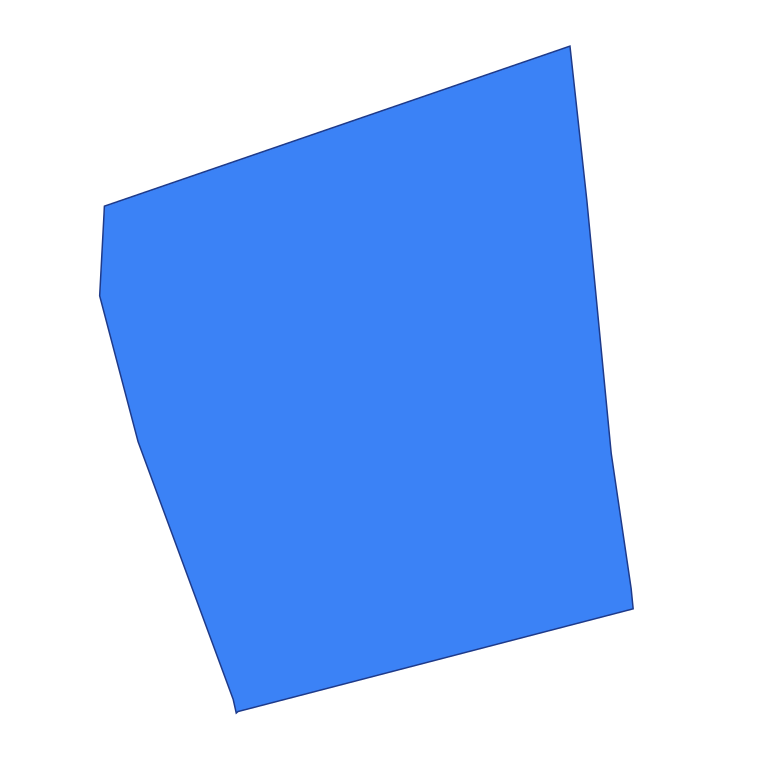 outline of 34, Ad Dawhah, Qatar, rotated 257°
{"feature_id": "91078587B88603978758954", "entity_name": "34", "entity_type": "district", "adm_level": 2, "iso_a3": "QAT", "parent_name": "Qatar", "parent_adm1": "Ad Dawhah", "projection": "robinson", "projection_center": [51.479, 25.313], "detail": "fine", "context": "isolated", "style": "filled", "palette": "blue", "viewbox_px": 768, "rotation_deg": 257, "n_neighbors": 0, "source": "geoboundaries", "source_scale": "gbopen_adm2", "svg_char_len": 337}
<svg xmlns="http://www.w3.org/2000/svg" viewBox="0 0 768 768"><g transform="rotate(257 384 384)"><path d="M108.9,576.2L129.2,578.8L265.4,589.8L516.9,622.9L671.4,641.2L620.2,151.6L619.3,151.3L612.5,149.4L533.9,126.8L383.1,131.4L110.7,166.1L96.6,166.0L97.7,168.1L108.9,576.2Z" fill="#3b82f6" stroke="#1e3a8a" stroke-width="1.5"/></g></svg>